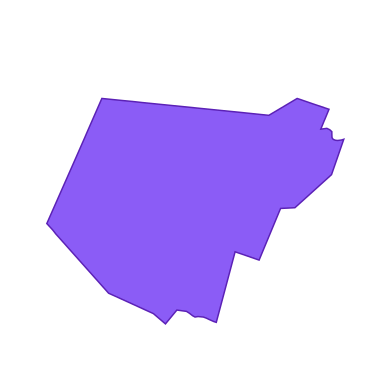 the district of Regeneração, Piauí, Brazil, rotated 114°
{"feature_id": "56859067B83556019928691", "entity_name": "Regeneração", "entity_type": "district", "adm_level": 2, "iso_a3": "BRA", "parent_name": "Brazil", "parent_adm1": "Piauí", "projection": "natural_earth1", "projection_center": [-42.521, -6.346], "detail": "fine", "context": "isolated", "style": "filled", "palette": "violet", "viewbox_px": 384, "rotation_deg": 114, "n_neighbors": 0, "source": "geoboundaries", "source_scale": "gbopen_adm2", "svg_char_len": 819}
<svg xmlns="http://www.w3.org/2000/svg" viewBox="0 0 384 384"><g transform="rotate(114 192 192)"><path d="M136.6,292.4L143.2,312.4L177.6,312.2L186.5,312.1L206.7,312.0L279.9,311.8L283.3,303.9L285.7,299.4L290.2,289.4L318.4,227.0L318.4,224.0L318.8,177.8L323.3,162.6L306.0,157.8L304.3,151.9L303.3,148.5L303.8,145.1L304.8,141.1L305.0,138.4L303.3,135.8L301.6,130.7L301.4,127.3L301.5,124.4L301.5,119.3L301.2,116.8L229.1,128.3L226.9,103.0L219.6,103.2L171.0,104.4L164.5,91.6L119.4,71.6L86.7,74.4L82.1,74.8L83.7,76.6L85.7,79.9L86.4,82.0L86.5,84.4L85.4,86.2L82.8,87.5L80.0,88.8L79.1,91.4L79.0,94.7L82.2,99.9L73.3,100.2L71.1,100.2L60.7,100.5L62.3,117.5L62.7,122.1L63.2,127.8L63.4,130.3L63.8,134.0L90.7,153.0L97.8,174.7L113.9,223.5L130.5,273.8L133.5,283.2L136.6,292.4Z" fill="#8b5cf6" stroke="#5b21b6" stroke-width="1.5"/></g></svg>